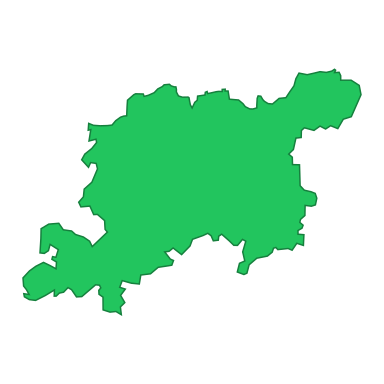 Chirakchi, Kashkadarya, Uzbekistan
{"feature_id": "79887680B89374870504997", "entity_name": "Chirakchi", "entity_type": "district", "adm_level": 2, "iso_a3": "UZB", "parent_name": "Uzbekistan", "parent_adm1": "Kashkadarya", "projection": "albers", "projection_center": [66.298, 39.115], "detail": "fine", "context": "isolated", "style": "filled", "palette": "green", "viewbox_px": 384, "rotation_deg": 0, "n_neighbors": 0, "source": "geoboundaries", "source_scale": "gbopen_adm2", "svg_char_len": 2932}
<svg xmlns="http://www.w3.org/2000/svg" viewBox="0 0 384 384"><path d="M88.7,123.4L88.2,130.2L90.8,129.6L89.0,141.0L96.0,139.2L96.6,142.5L91.8,148.5L84.8,154.1L81.7,159.8L88.5,167.3L90.6,162.6L96.2,163.4L97.5,168.9L91.9,182.2L84.2,189.1L83.4,196.9L78.7,202.2L80.9,206.9L89.9,206.1L93.7,214.6L97.4,214.4L104.6,220.6L105.1,229.4L107.4,232.1L92.2,246.6L89.6,241.2L83.4,237.0L75.5,234.5L71.6,231.0L63.3,229.8L58.8,223.3L48.8,224.1L41.1,228.7L40.9,238.5L40.0,252.9L44.3,253.4L48.4,250.7L50.1,244.4L58.3,249.6L55.9,257.3L52.6,256.6L51.9,259.3L56.5,262.0L56.0,268.8L50.1,265.6L43.5,262.4L35.8,266.3L29.5,270.9L23.0,277.9L23.6,286.0L26.5,289.7L29.1,294.5L23.8,293.7L24.4,296.8L29.3,299.6L35.6,300.4L45.3,295.5L54.4,290.0L54.2,296.1L56.2,296.1L59.3,293.1L63.6,292.2L68.0,287.6L71.6,289.7L76.5,296.9L81.8,296.6L95.6,284.8L99.5,285.2L100.8,287.9L98.8,290.3L99.0,294.3L103.0,297.1L103.1,309.9L110.0,312.1L116.0,311.5L121.3,314.7L120.4,306.9L124.8,302.6L120.6,295.4L125.3,289.1L119.7,287.3L122.2,280.6L131.4,283.2L139.3,284.0L140.8,275.0L150.5,273.8L158.2,267.3L168.2,265.8L171.8,265.2L173.5,260.5L170.3,259.1L164.7,251.9L169.1,251.3L173.1,248.0L181.6,254.6L190.0,246.0L192.5,239.3L203.1,235.5L207.8,233.3L211.1,235.7L213.3,240.8L218.3,240.2L218.7,236.2L221.7,234.2L229.2,240.8L233.8,245.3L237.5,245.4L242.5,239.4L245.8,241.2L242.7,251.9L244.8,261.0L239.5,263.3L237.3,272.0L243.9,274.5L246.9,273.2L249.1,264.8L256.8,258.2L267.4,256.1L272.2,252.2L273.5,248.2L275.9,247.5L277.8,249.6L288.1,248.5L292.1,250.2L296.8,243.3L303.4,245.4L303.9,234.7L298.0,234.2L298.0,230.5L302.0,228.2L303.1,225.2L299.8,222.4L300.5,219.4L304.9,215.5L305.1,205.4L311.4,206.2L315.4,204.9L316.8,198.2L315.2,193.4L310.9,191.7L304.3,190.2L300.1,185.7L299.5,164.8L292.5,164.6L292.3,157.2L288.7,154.1L293.4,149.5L295.9,138.1L301.2,137.5L301.4,130.5L304.4,127.8L314.0,130.4L320.0,126.1L325.6,129.0L330.6,125.7L337.8,128.6L343.3,119.2L351.3,116.7L361.0,94.7L359.2,85.4L351.1,80.2L340.7,80.2L340.7,75.7L339.1,72.3L334.5,72.6L335.6,70.2L334.5,69.3L331.8,71.1L326.4,72.4L320.0,71.7L314.3,73.1L307.2,74.7L299.0,73.1L295.9,78.7L294.0,85.8L289.8,91.8L285.9,97.7L279.1,98.4L277.0,100.2L272.5,104.0L268.1,103.6L264.5,101.4L262.8,99.6L260.8,96.2L258.1,95.9L257.2,98.3L256.8,105.2L256.8,107.9L252.9,109.0L249.7,108.9L245.3,106.7L243.0,103.7L238.6,100.0L229.4,99.2L228.1,91.0L225.1,91.0L225.2,89.2L222.2,89.4L222.2,91.5L218.6,91.4L216.3,91.7L210.6,93.0L207.7,93.6L207.1,91.5L205.3,92.3L205.0,95.0L197.6,96.1L197.2,100.3L194.8,102.3L192.1,108.0L190.4,104.9L189.8,102.2L189.0,97.7L188.1,97.1L182.5,97.2L180.5,96.6L178.4,95.9L177.8,94.7L176.4,92.0L176.4,89.3L175.9,86.9L174.4,86.9L171.2,85.9L169.4,84.3L164.1,84.8L162.3,86.6L157.8,88.9L154.2,92.7L148.3,95.3L144.1,96.4L143.3,94.0L135.6,93.8L133.8,94.7L127.5,100.2L127.1,106.2L126.7,115.8L123.7,116.1L120.5,117.2L115.7,120.7L112.0,125.1L107.3,125.6L100.2,125.8L93.4,125.3L88.7,123.4Z" fill="#22c55e" stroke="#15803d" stroke-width="1.5"/></svg>